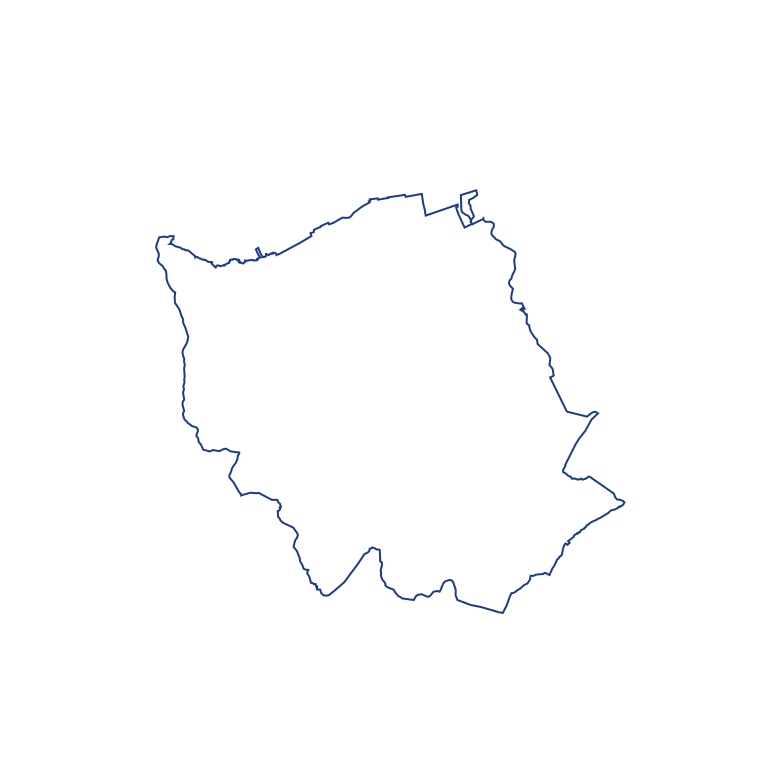 Blagesti, Bacau, Romania (Albers equal-area conic projection), rotated 29°
{"feature_id": "2599482B12123686105802", "entity_name": "Blagesti", "entity_type": "district", "adm_level": 2, "iso_a3": "ROU", "parent_name": "Romania", "parent_adm1": "Bacau", "projection": "albers", "projection_center": [26.623, 46.673], "detail": "fine", "context": "isolated", "style": "outline", "palette": "blue", "viewbox_px": 768, "rotation_deg": 29, "n_neighbors": 0, "source": "geoboundaries", "source_scale": "gbopen_adm2", "svg_char_len": 6165}
<svg xmlns="http://www.w3.org/2000/svg" viewBox="0 0 768 768"><g transform="rotate(29 384 384)"><path d="M518.9,549.6L524.5,549.1L526.1,548.5L527.1,546.6L528.0,541.7L530.6,539.5L533.3,538.6L533.4,536.3L532.9,533.9L532.6,529.8L533.0,527.2L536.3,523.6L538.2,523.0L540.1,523.4L546.4,529.1L549.1,534.1L552.9,537.3L566.7,535.3L577.1,532.0L595.6,527.8L598.9,526.6L598.6,517.6L597.3,510.5L596.8,505.3L598.5,504.0L599.5,502.4L600.7,499.4L602.0,497.6L603.9,492.1L606.2,488.8L606.5,484.6L605.2,480.7L608.0,479.1L609.5,476.9L615.2,473.1L616.0,471.4L618.0,470.9L621.3,470.9L620.7,463.4L621.0,460.8L620.6,453.8L621.4,450.9L621.2,450.3L622.4,447.4L620.7,442.0L619.9,438.4L619.8,436.4L620.2,435.4L622.4,435.7L623.3,432.9L621.2,432.2L624.0,425.8L623.6,424.8L624.0,423.8L624.0,422.9L625.0,422.1L626.2,420.5L625.6,420.3L627.3,418.1L627.0,416.5L629.3,413.4L629.4,413.0L629.1,412.7L629.9,410.9L629.7,409.5L630.5,408.9L631.8,405.1L636.1,399.1L636.4,398.1L637.6,396.9L642.6,388.2L643.7,384.7L646.9,381.6L648.2,379.7L649.1,377.2L649.7,377.4L651.7,373.6L651.7,371.0L649.8,370.5L646.4,370.8L644.0,372.0L641.1,371.0L638.2,368.4L608.8,365.4L607.5,366.2L606.8,368.4L604.1,371.4L602.2,371.2L601.8,372.2L599.5,373.8L597.2,374.0L594.3,375.7L592.9,374.7L589.6,374.9L586.3,374.1L583.8,374.3L582.4,372.7L582.3,368.1L582.1,366.9L581.7,366.6L580.8,343.5L581.2,336.6L582.8,327.3L582.7,314.7L585.4,305.9L582.7,305.8L581.3,306.4L580.1,307.8L577.3,314.1L558.1,319.3L556.9,319.2L526.1,297.7L528.4,294.4L524.2,289.1L519.5,287.1L516.9,280.7L512.4,277.7L499.1,274.6L496.3,271.1L492.4,269.9L486.5,266.8L483.1,263.3L482.8,262.5L479.3,261.8L475.5,254.3L475.1,253.9L474.6,254.6L473.3,254.2L472.4,253.3L467.3,252.9L468.2,250.4L469.9,251.4L470.6,250.3L465.5,246.6L463.3,247.9L458.7,249.6L456.9,249.6L455.0,248.8L453.7,247.4L452.3,244.1L450.5,238.1L446.4,236.9L444.7,235.5L443.9,233.9L443.7,232.0L444.3,230.1L443.3,225.7L443.4,223.0L442.9,219.6L438.0,213.0L436.1,206.5L434.4,205.0L429.3,204.7L423.1,205.1L421.1,204.9L416.0,202.8L412.3,203.2L406.4,201.5L404.6,199.8L404.0,198.2L403.7,195.9L403.9,193.6L403.5,192.5L402.3,190.7L400.7,190.3L398.8,190.3L394.2,192.9L391.4,192.2L390.6,191.0L390.3,192.1L383.9,201.3L381.4,200.2L380.6,198.1L381.4,194.4L381.0,193.4L374.8,188.7L373.4,186.3L370.7,184.8L369.2,181.9L372.2,177.4L372.7,175.7L373.8,173.8L373.2,172.5L370.7,169.9L359.7,181.5L367.2,194.2L368.8,195.8L373.6,196.4L375.7,196.0L377.3,196.5L380.0,198.1L381.3,200.3L383.3,201.5L378.6,208.1L367.0,199.6L363.0,196.1L361.5,194.5L362.4,193.6L362.4,192.8L361.4,191.4L338.8,216.5L335.5,212.2L330.8,207.2L324.9,199.4L312.2,209.8L310.6,208.4L296.9,218.9L297.4,219.3L289.4,225.7L288.5,224.7L282.7,228.9L282.1,229.5L283.2,230.5L282.2,231.5L283.3,232.3L279.1,238.9L277.1,243.2L274.5,249.0L273.7,253.7L273.1,255.1L270.7,256.9L266.9,258.7L261.7,267.5L258.5,271.0L257.0,270.0L252.2,276.5L252.0,277.1L252.3,277.4L248.0,283.1L248.9,285.2L246.6,287.7L248.8,289.8L241.8,301.8L228.8,321.9L227.7,322.3L227.4,323.3L225.8,322.2L223.3,322.8L223.1,323.2L223.5,323.9L222.8,324.6L221.7,324.6L220.8,327.2L218.4,327.2L217.7,327.6L218.8,329.0L218.6,330.0L217.7,330.6L217.5,331.3L216.4,331.3L216.2,331.8L213.5,330.2L208.0,325.9L206.7,328.4L211.3,331.8L214.5,333.4L212.4,335.8L212.4,336.8L213.1,336.8L212.9,337.4L210.5,339.0L209.0,339.1L208.9,339.6L206.6,340.6L204.8,342.5L202.7,343.3L203.3,344.1L202.8,344.3L202.7,346.6L201.0,347.3L200.0,347.1L199.5,347.7L198.9,347.0L198.1,346.8L198.4,347.5L197.9,347.8L197.5,347.6L197.7,347.1L197.1,346.2L197.2,345.8L196.4,345.6L195.3,346.9L193.7,346.5L191.6,347.8L191.3,348.9L190.4,349.0L189.2,350.1L189.8,351.1L189.4,352.0L189.9,353.2L188.1,355.0L187.9,355.8L186.5,357.4L186.9,357.9L185.4,358.6L183.7,360.4L182.3,360.4L180.6,361.2L180.0,362.6L180.4,363.5L180.1,363.8L175.5,362.5L175.0,362.2L174.8,361.1L174.2,360.8L173.7,361.1L173.7,361.6L172.3,361.7L170.8,362.5L167.8,362.0L167.1,362.6L165.2,362.8L164.2,363.6L163.0,363.1L161.5,363.7L159.2,363.4L157.4,364.2L157.4,364.6L156.5,363.7L148.6,362.2L147.3,362.2L146.0,363.2L143.7,363.1L142.2,363.9L140.2,363.4L134.8,364.7L130.5,364.4L128.7,365.4L129.4,363.7L128.7,363.0L128.6,360.9L129.6,359.7L128.3,356.7L124.8,358.7L123.0,360.9L120.4,361.5L116.3,364.8L117.7,373.2L118.3,374.5L118.9,375.5L124.0,379.3L125.3,382.1L125.7,384.7L126.3,385.9L128.7,387.3L133.3,388.2L136.0,389.9L138.1,390.5L140.2,393.1L143.3,398.0L146.1,400.6L151.1,403.8L154.9,405.0L157.0,405.1L158.8,409.6L161.9,414.4L168.9,418.0L174.0,422.8L177.0,424.9L178.4,427.4L179.4,428.4L183.0,431.1L189.8,437.5L191.3,441.7L191.7,444.9L191.6,451.4L192.5,454.2L194.9,457.0L197.1,458.8L198.3,461.4L200.4,463.7L201.7,467.4L206.0,474.1L207.4,477.5L208.8,479.5L209.5,483.1L211.7,485.7L211.9,487.4L212.9,489.7L216.6,494.2L216.8,495.2L216.6,497.0L217.7,499.7L222.3,504.5L222.4,506.7L223.0,508.3L226.5,511.6L231.7,513.2L236.3,513.9L240.5,513.0L242.2,513.3L243.6,514.4L244.0,515.4L244.5,519.0L245.2,520.5L247.4,521.3L250.3,524.7L253.1,525.6L257.3,528.8L258.1,529.0L264.6,527.3L266.2,524.8L272.6,522.5L275.3,518.7L277.0,517.2L282.6,517.3L290.6,514.1L291.1,515.2L291.0,517.7L292.2,520.7L292.6,525.0L292.0,529.2L292.0,531.7L292.7,534.6L293.1,539.0L293.8,540.3L294.6,540.9L300.0,542.9L309.4,548.6L312.9,550.0L313.1,550.6L319.8,543.9L325.7,541.2L327.1,540.0L342.0,539.7L347.0,537.0L348.4,538.5L351.0,539.1L352.7,540.7L352.7,542.3L353.4,541.9L353.8,544.1L353.7,545.3L352.7,546.6L355.7,551.5L357.5,552.0L359.6,553.5L362.7,554.3L374.3,553.6L380.5,556.6L382.0,558.0L382.5,561.2L382.1,563.2L382.6,566.1L383.9,570.3L388.8,572.3L395.0,577.5L396.5,579.7L400.5,582.0L403.4,584.6L405.7,584.3L407.8,583.3L408.5,586.8L411.8,588.5L416.6,593.3L418.5,592.6L419.8,593.1L421.2,592.1L422.8,594.0L423.7,593.5L424.9,596.2L427.9,594.8L430.6,597.4L433.6,598.1L436.5,597.0L438.3,595.1L440.8,589.1L445.3,576.8L448.5,553.2L449.3,542.4L451.4,539.4L452.1,537.5L451.4,535.1L452.2,534.5L452.8,532.8L455.5,532.1L457.7,532.3L460.0,531.2L460.9,531.4L466.7,541.0L468.5,541.0L470.1,543.4L471.4,548.7L472.6,549.9L474.1,552.8L475.6,554.6L477.4,555.9L481.3,557.4L483.2,559.7L486.3,560.0L492.3,559.2L494.8,560.8L498.8,562.4L504.2,562.6L514.5,558.6L514.9,558.2L514.7,555.8L515.0,553.5L516.0,551.9L518.9,549.6Z" fill="none" stroke="#1e3a8a" stroke-width="2"/></g></svg>